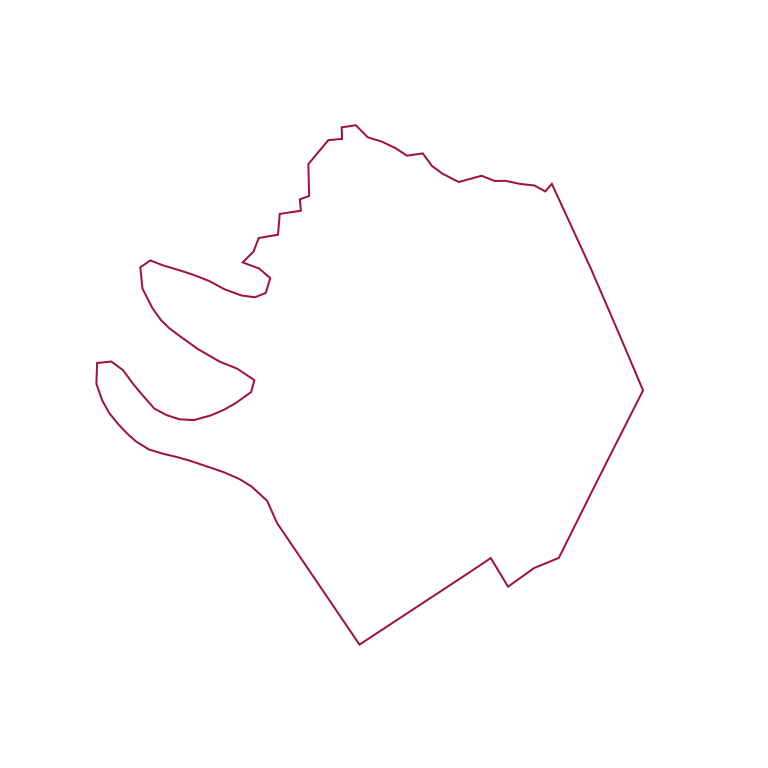 outline of Nova Itaberaba, Santa Catarina, Brazil, rotated 328°
{"feature_id": "56859067B19275359391093", "entity_name": "Nova Itaberaba", "entity_type": "district", "adm_level": 2, "iso_a3": "BRA", "parent_name": "Brazil", "parent_adm1": "Santa Catarina", "projection": "equal_earth", "projection_center": [-52.854, -26.96], "detail": "fine", "context": "isolated", "style": "outline", "palette": "rose", "viewbox_px": 768, "rotation_deg": 328, "n_neighbors": 0, "source": "geoboundaries", "source_scale": "gbopen_adm2", "svg_char_len": 1246}
<svg xmlns="http://www.w3.org/2000/svg" viewBox="0 0 768 768"><g transform="rotate(328 384 384)"><path d="M632.4,303.2L622.8,306.2L616.8,295.4L605.2,286.2L594.6,276.0L585.5,270.5L577.1,259.1L566.1,255.8L554.4,252.3L544.9,236.4L540.2,224.4L539.1,209.0L524.4,202.5L518.6,189.8L510.4,177.1L500.9,166.1L497.2,149.6L484.1,143.9L478.3,153.9L466.0,147.7L436.4,157.4L420.2,184.8L410.5,182.8L405.3,193.0L385.7,184.5L373.2,201.2L355.1,193.8L343.6,202.5L328.6,206.0L339.3,219.9L343.6,233.9L332.0,244.1L320.6,242.1L310.0,233.4L299.0,219.2L290.1,203.7L280.9,191.3L272.2,180.8L259.3,166.1L251.3,155.4L239.2,155.9L229.7,175.1L227.8,197.0L228.7,211.5L231.5,222.9L235.5,233.4L244.6,255.6L256.5,278.0L267.5,293.0L276.1,312.1L267.0,320.4L248.3,321.6L235.1,321.1L220.7,318.9L203.8,313.9L192.0,305.7L183.3,295.4L176.2,283.2L173.2,264.8L171.3,251.3L170.0,233.9L164.6,220.4L151.8,214.2L140.2,231.4L136.3,248.6L135.6,263.3L137.4,277.5L139.8,289.5L143.2,301.2L149.7,314.6L158.9,325.3L168.6,335.1L178.4,345.8L189.4,359.2L201.4,373.9L211.1,388.1L217.4,400.9L223.0,421.3L219.6,445.0L225.1,592.0L357.0,589.0L382.3,588.2L381.8,621.6L413.8,619.6L440.1,624.1L514.2,578.7L600.3,526.7L608.9,472.6L620.5,396.4L632.4,303.2Z" fill="none" stroke="#9f1239" stroke-width="2"/></g></svg>